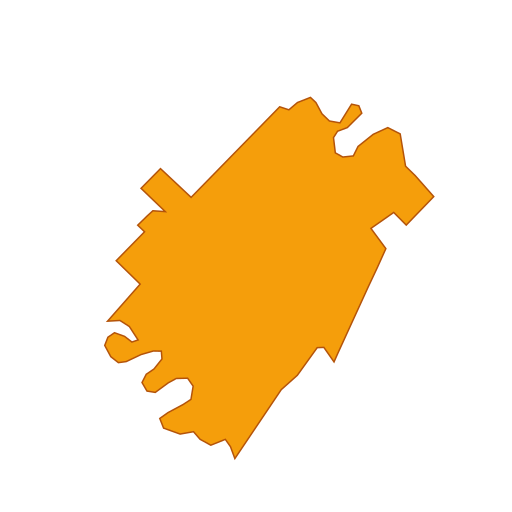 Dois Lajeados, Rio Grande do Sul, Brazil, rotated 314°
{"feature_id": "56859067B92510091629986", "entity_name": "Dois Lajeados", "entity_type": "district", "adm_level": 2, "iso_a3": "BRA", "parent_name": "Brazil", "parent_adm1": "Rio Grande do Sul", "projection": "robinson", "projection_center": [-51.855, -28.973], "detail": "fine", "context": "isolated", "style": "filled", "palette": "amber", "viewbox_px": 512, "rotation_deg": 314, "n_neighbors": 0, "source": "geoboundaries", "source_scale": "gbopen_adm2", "svg_char_len": 1160}
<svg xmlns="http://www.w3.org/2000/svg" viewBox="0 0 512 512"><g transform="rotate(314 256 256)"><path d="M95.6,381.5L177.4,367.0L198.9,368.6L232.6,363.7L237.4,368.3L234.0,385.7L243.0,382.4L311.7,358.2L331.7,351.4L351.5,344.3L355.7,319.5L383.0,324.8L382.6,342.6L422.2,342.6L424.4,314.9L424.5,301.2L444.0,274.9L439.9,261.6L425.0,255.8L405.7,253.3L395.6,256.5L387.5,249.7L385.3,241.4L395.0,229.5L402.4,228.0L411.8,232.5L432.2,232.9L435.5,225.6L431.6,219.3L410.1,223.9L404.1,215.0L404.1,204.7L408.0,192.5L407.9,185.0L395.2,179.2L384.0,178.1L379.8,169.4L253.1,168.6L252.5,126.6L224.8,126.3L224.9,159.9L216.9,150.4L209.3,149.9L196.0,149.5L196.0,159.0L155.5,158.7L155.3,192.2L106.0,194.5L115.1,202.9L117.3,213.9L113.7,229.5L107.9,226.5L106.9,217.3L102.5,207.5L94.7,205.9L86.6,209.3L82.7,221.5L83.7,231.1L89.9,236.0L105.3,241.8L116.4,248.2L121.8,254.0L116.6,259.9L103.8,261.1L94.7,259.2L85.8,261.9L83.1,271.4L87.9,278.3L103.8,281.0L112.5,283.7L120.6,291.7L118.7,301.2L107.7,308.8L98.8,306.8L82.3,301.5L72.3,299.6L68.0,309.1L75.2,325.1L86.2,333.1L85.3,343.1L88.5,354.9L102.8,361.3L101.1,370.1L95.6,381.5Z" fill="#f59e0b" stroke="#b45309" stroke-width="1.5"/></g></svg>